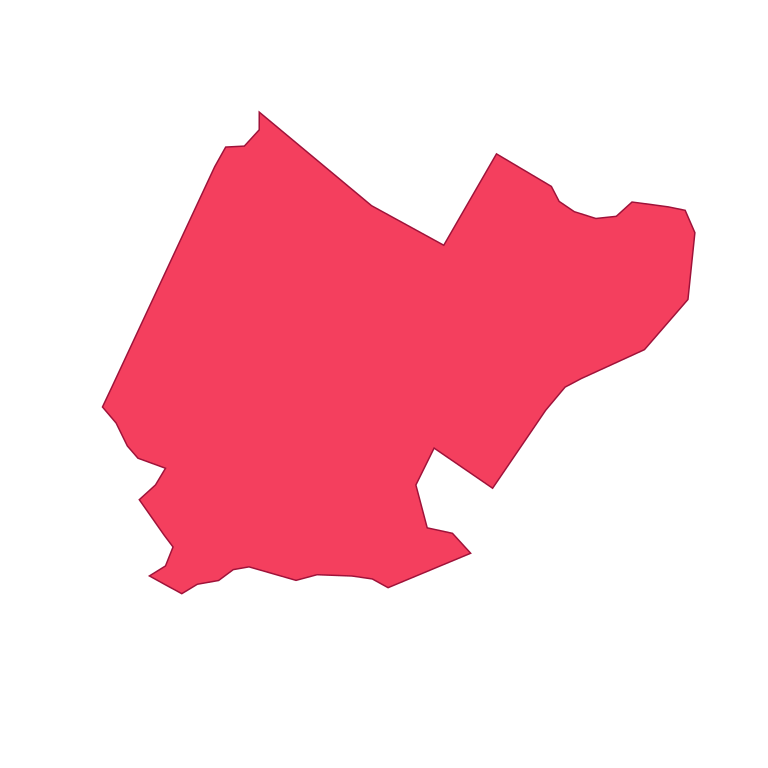 outline of Linha Nova, Rio Grande do Sul, Brazil, rotated 200°
{"feature_id": "56859067B36754154474179", "entity_name": "Linha Nova", "entity_type": "district", "adm_level": 2, "iso_a3": "BRA", "parent_name": "Brazil", "parent_adm1": "Rio Grande do Sul", "projection": "orthographic", "projection_center": [-51.219, -29.456], "detail": "fine", "context": "isolated", "style": "filled", "palette": "rose", "viewbox_px": 768, "rotation_deg": 200, "n_neighbors": 0, "source": "geoboundaries", "source_scale": "gbopen_adm2", "svg_char_len": 807}
<svg xmlns="http://www.w3.org/2000/svg" viewBox="0 0 768 768"><g transform="rotate(200 384 384)"><path d="M160.4,650.2L177.3,647.7L193.0,644.3L213.2,639.8L223.1,621.0L241.5,612.0L264.1,611.0L281.9,615.5L294.3,626.9L357.0,638.7L375.3,534.8L456.7,547.3L594.2,596.8L588.2,580.2L596.6,559.8L613.8,552.5L617.4,530.3L638.6,288.6L640.7,266.1L622.4,255.7L604.0,238.0L589.8,230.1L560.5,230.1L564.2,211.0L574.4,191.6L538.8,166.7L526.5,158.7L527.1,138.3L538.8,123.4L521.0,120.6L502.3,117.8L490.9,132.0L472.2,142.8L462.2,158.0L448.3,166.0L399.5,169.4L381.7,181.9L348.5,192.6L328.3,196.8L310.5,194.0L244.7,254.6L268.6,267.1L294.2,263.6L319.5,300.0L315.0,340.9L246.3,323.2L223.1,414.6L212.8,443.0L200.5,456.6L151.0,505.4L127.3,567.4L143.6,632.5L160.4,650.2Z" fill="#f43f5e" stroke="#9f1239" stroke-width="1.5"/></g></svg>